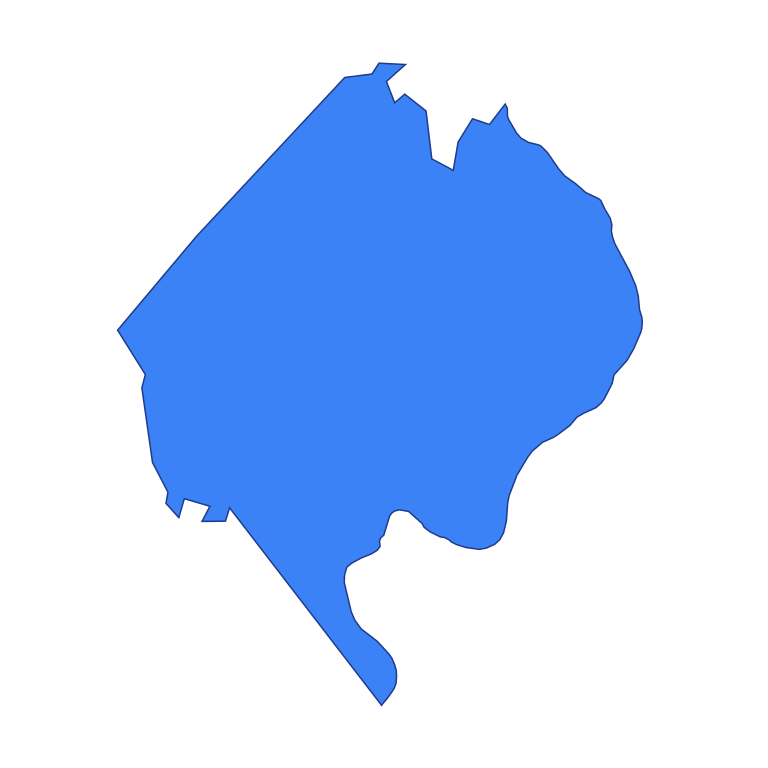 outline of Union, Kentucky, United States of America, rotated 176°
{"feature_id": "52423323B17391793858856", "entity_name": "Union", "entity_type": "district", "adm_level": 2, "iso_a3": "USA", "parent_name": "United States of America", "parent_adm1": "Kentucky", "projection": "robinson", "projection_center": [-88.002, 37.687], "detail": "fine", "context": "isolated", "style": "filled", "palette": "blue", "viewbox_px": 768, "rotation_deg": 176, "n_neighbors": 0, "source": "geoboundaries", "source_scale": "gbopen_adm2", "svg_char_len": 1615}
<svg xmlns="http://www.w3.org/2000/svg" viewBox="0 0 768 768"><g transform="rotate(176 384 384)"><path d="M243.6,654.8L260.7,635.5L277.2,642.4L293.2,620.2L300.0,592.3L320.6,605.2L323.0,653.4L343.1,671.7L353.7,663.8L360.5,685.6L340.4,701.2L366.6,704.4L374.4,694.1L401.8,692.5L561.0,544.2L646.0,456.3L621.4,410.1L625.8,397.0L620.4,321.8L607.1,291.2L609.8,280.1L598.0,265.0L591.2,283.5L566.2,274.2L575.1,259.6L551.7,258.2L546.7,271.3L408.8,63.6L408.0,64.7L402.7,70.1L396.9,77.2L395.0,79.8L392.9,84.5L391.9,91.0L391.7,97.2L393.0,103.3L395.3,109.9L397.6,113.9L408.6,127.7L423.9,141.3L429.6,150.5L432.6,159.2L437.5,188.8L436.6,196.6L433.8,203.9L428.6,207.6L418.7,212.1L408.3,215.5L402.2,218.7L399.2,222.4L399.5,227.5L398.1,230.6L394.7,233.3L387.5,252.2L385.1,254.8L382.4,256.5L377.5,257.4L368.4,255.2L355.8,242.3L353.9,238.2L348.2,233.2L338.4,227.5L335.0,226.9L330.0,224.1L327.7,221.6L322.7,218.7L313.4,215.1L300.5,212.4L293.3,213.2L284.7,216.4L279.3,220.7L275.1,227.3L271.5,238.7L268.9,256.9L266.8,264.3L257.7,283.8L245.8,300.9L240.7,306.8L229.9,314.8L218.3,319.1L213.5,321.8L201.3,329.8L193.8,337.5L187.4,340.7L174.2,345.6L168.5,350.0L165.3,353.8L156.3,368.7L153.9,377.1L140.1,390.4L132.5,401.6L124.4,417.3L123.0,421.3L122.0,427.7L122.1,432.5L123.9,440.3L124.2,454.0L126.1,464.6L131.2,479.5L144.0,508.0L145.8,514.8L146.5,520.6L145.6,527.2L146.8,533.8L151.5,543.0L154.9,552.0L157.1,553.9L169.5,561.0L178.4,570.0L189.1,578.9L194.6,586.2L204.9,603.6L210.7,610.3L213.0,611.7L223.0,614.9L230.2,619.7L234.2,625.0L241.2,639.2L242.1,642.5L241.8,650.6L243.6,654.8Z" fill="#3b82f6" stroke="#1e3a8a" stroke-width="1.5"/></g></svg>